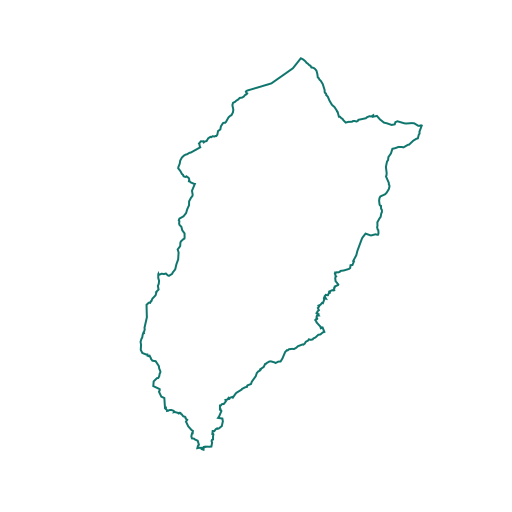 Tiha Bargaului, Bistrita-Nasaud, Romania, rotated 292°
{"feature_id": "2599482B23596270309682", "entity_name": "Tiha Bargaului", "entity_type": "district", "adm_level": 2, "iso_a3": "ROU", "parent_name": "Romania", "parent_adm1": "Bistrita-Nasaud", "projection": "natural_earth1", "projection_center": [24.915, 47.238], "detail": "fine", "context": "isolated", "style": "outline", "palette": "teal", "viewbox_px": 512, "rotation_deg": 292, "n_neighbors": 0, "source": "geoboundaries", "source_scale": "gbopen_adm2", "svg_char_len": 6076}
<svg xmlns="http://www.w3.org/2000/svg" viewBox="0 0 512 512"><g transform="rotate(292 256 256)"><path d="M62.6,286.0L66.6,285.2L67.8,284.1L69.1,284.1L69.8,284.9L72.7,283.7L74.7,283.3L75.0,282.9L74.7,282.2L77.5,281.4L77.9,282.9L80.4,283.6L81.6,284.5L81.3,285.0L82.1,286.1L85.5,288.0L90.3,287.2L92.7,285.7L91.7,281.5L93.5,281.9L99.3,282.0L99.9,280.9L100.4,280.7L100.1,280.1L103.9,278.6L104.3,279.4L105.7,279.8L106.4,280.7L106.6,281.5L109.9,282.5L111.1,281.6L112.0,283.1L114.0,283.7L113.3,284.5L113.5,284.8L114.7,284.9L116.5,286.9L116.1,287.6L120.9,288.7L122.0,289.2L126.7,292.7L127.5,292.8L130.1,295.0L131.4,296.7L132.4,296.4L132.9,296.6L135.4,299.3L137.9,299.2L144.5,300.8L147.6,300.6L149.6,301.2L151.2,302.5L152.3,302.9L152.6,302.4L156.0,304.7L159.3,304.9L159.9,305.7L160.6,305.9L163.2,307.9L163.9,309.3L164.3,313.1L164.1,314.2L166.4,316.2L167.4,318.3L170.9,318.9L177.9,319.0L180.2,319.9L180.3,320.7L181.9,321.5L183.5,324.4L183.9,326.0L186.0,327.7L188.1,328.7L191.5,332.4L191.5,333.1L193.0,334.0L195.1,334.3L197.3,336.1L198.5,336.2L198.8,338.2L199.9,339.8L201.1,340.1L202.7,341.6L206.3,343.3L207.4,345.1L210.1,346.5L211.2,347.8L214.7,344.5L214.6,344.1L214.2,344.1L213.3,343.2L214.7,342.1L217.1,337.0L218.1,336.3L218.6,335.1L218.9,334.9L220.1,335.4L220.6,336.3L221.0,336.2L221.9,335.0L223.5,334.8L224.3,336.4L225.0,335.2L225.5,335.5L225.8,333.6L226.6,334.0L227.5,333.7L229.3,334.6L231.0,332.8L232.7,333.4L233.4,332.5L233.9,333.0L233.7,333.2L235.1,334.1L237.3,334.8L237.3,335.7L241.2,335.6L241.9,334.9L242.5,334.8L242.7,336.8L244.4,334.7L246.2,335.3L246.3,336.6L246.6,337.4L249.1,337.4L249.4,338.2L250.4,338.1L250.7,337.4L252.7,339.3L253.0,340.6L253.3,341.0L253.6,340.3L254.8,340.9L255.6,340.4L256.3,340.8L257.2,340.4L259.8,343.0L260.4,343.0L262.5,339.2L265.0,337.8L266.2,337.6L267.1,337.9L267.2,337.3L268.5,336.5L269.2,335.7L270.4,335.6L270.5,336.5L271.2,337.0L271.6,338.4L272.8,339.7L273.8,339.9L275.5,342.9L278.8,347.0L280.1,347.8L282.9,347.1L283.8,348.8L287.7,348.8L287.8,348.0L294.3,348.7L298.7,348.1L311.4,347.7L312.9,347.8L317.8,349.2L318.0,354.3L318.3,355.2L320.9,358.7L321.1,360.4L321.5,361.2L323.1,361.0L325.8,359.7L326.0,359.0L328.1,357.5L329.5,357.3L332.7,355.9L337.0,356.4L339.0,356.9L342.4,356.2L343.9,356.3L345.8,355.5L346.8,354.2L349.3,353.1L349.4,351.9L350.0,351.3L353.4,349.4L355.9,348.8L357.8,349.0L361.6,352.6L363.6,353.4L367.8,354.1L370.5,353.7L371.5,353.2L372.1,352.4L373.6,351.7L378.5,346.7L380.0,346.7L382.0,346.0L387.2,343.1L392.5,342.1L394.5,342.5L397.3,341.7L401.7,342.7L406.5,342.3L407.9,344.4L410.5,347.3L411.7,350.4L411.9,351.9L412.4,352.4L416.0,355.2L416.6,356.2L421.8,358.6L424.7,360.7L425.7,362.0L429.4,361.5L430.8,361.8L432.4,361.0L439.0,360.8L439.0,360.1L437.9,358.7L437.5,357.7L438.3,353.0L437.6,350.7L435.1,345.6L434.6,343.9L433.9,336.7L432.3,335.1L430.0,335.3L428.3,332.6L428.1,327.9L427.6,324.7L429.1,319.7L431.2,315.6L429.0,312.4L430.3,311.9L428.5,310.6L428.2,309.0L426.5,307.1L424.9,306.3L420.6,299.9L419.4,299.8L418.4,298.9L418.0,296.4L417.4,295.3L416.8,295.1L416.2,294.2L414.9,291.3L413.3,289.2L414.7,286.0L415.6,284.8L415.7,283.6L416.6,281.6L416.2,280.7L420.2,277.7L420.3,277.0L420.8,276.8L423.5,273.0L424.6,269.8L427.6,265.9L430.7,262.8L431.5,260.8L432.1,260.7L432.9,259.9L433.2,258.7L433.8,258.2L435.5,257.5L440.4,253.5L442.7,250.4L443.3,248.8L444.5,247.4L444.7,246.4L447.4,244.9L450.4,242.7L451.4,241.0L451.9,239.4L451.9,237.8L451.5,236.8L452.9,235.1L452.8,234.1L453.8,231.9L454.0,230.5L454.9,229.1L455.9,226.1L456.1,223.8L456.1,223.5L443.9,219.9L421.8,205.6L406.1,185.9L404.8,185.0L403.7,185.9L403.5,186.9L402.5,186.7L400.9,185.4L399.3,185.0L397.6,183.7L396.5,181.7L394.1,180.7L392.8,179.6L391.2,178.9L389.4,177.3L387.0,177.6L383.1,180.2L380.5,180.8L377.3,180.5L376.7,179.8L374.3,178.6L368.9,177.9L367.9,177.4L367.7,176.6L366.8,175.6L363.1,174.9L360.0,175.5L357.6,174.0L354.0,174.7L353.2,174.5L352.3,174.2L352.1,173.5L351.2,172.7L350.8,170.9L349.4,170.0L349.4,169.1L347.2,167.6L344.0,167.1L343.0,165.6L341.8,165.0L342.6,164.0L342.1,163.3L341.8,162.0L338.9,161.0L338.5,161.7L337.0,162.5L335.9,163.6L327.5,156.8L326.7,155.6L324.4,153.9L323.7,152.8L322.2,151.6L319.5,150.4L316.1,150.0L313.0,150.7L309.4,150.7L308.2,151.0L306.4,154.1L304.3,156.6L303.9,158.0L303.2,158.4L302.7,159.6L303.0,161.3L303.8,161.7L303.3,163.8L302.9,164.7L301.8,165.5L300.2,165.8L300.4,166.6L299.8,167.7L299.7,171.5L299.9,172.3L292.5,172.2L289.3,174.2L288.0,174.6L285.6,173.9L281.6,173.5L278.0,174.9L273.8,174.7L269.6,175.1L265.6,173.9L262.0,171.0L260.2,171.0L259.6,171.9L257.4,172.5L256.2,173.4L255.1,175.9L252.2,178.0L250.2,181.3L246.0,183.0L245.2,183.1L244.6,182.4L241.3,180.9L240.1,180.9L236.7,182.0L232.8,180.9L230.3,182.9L223.7,185.1L218.5,185.3L213.3,186.1L210.0,185.1L207.8,184.8L205.0,182.7L205.0,181.5L206.0,179.0L204.8,177.5L204.2,175.1L202.3,173.2L202.2,172.8L202.9,172.2L202.6,172.2L199.0,173.6L196.6,175.5L193.5,176.3L191.6,176.2L188.4,178.2L185.1,176.9L184.9,177.3L181.9,177.6L177.6,175.9L174.9,175.9L174.7,175.5L172.9,175.4L172.8,174.4L172.4,174.0L169.7,172.8L158.2,177.8L147.7,179.5L146.3,180.3L143.8,180.6L143.1,180.3L142.4,181.0L141.9,180.4L140.7,180.4L137.5,181.1L136.8,180.8L133.2,181.1L130.6,182.7L125.8,184.3L123.5,186.9L123.5,190.9L124.0,192.2L123.1,192.7L123.3,193.0L122.9,193.6L123.0,194.5L123.6,194.8L121.8,196.9L121.3,197.1L120.1,199.2L120.9,202.3L117.6,207.1L115.3,208.5L113.3,210.5L112.2,210.9L110.6,210.8L108.3,211.3L106.3,211.1L105.6,209.9L101.4,208.1L96.9,209.5L96.5,216.5L95.6,217.0L93.8,216.9L90.1,220.9L90.0,224.2L81.5,228.3L81.8,229.2L81.4,229.4L80.6,229.0L79.6,231.6L79.1,231.7L79.6,232.5L80.6,233.3L81.5,235.1L81.6,237.1L81.4,238.1L81.2,238.6L80.5,238.5L80.9,239.1L81.3,242.2L81.0,243.1L81.9,243.6L82.2,244.6L81.6,244.8L81.4,246.4L80.1,248.6L80.3,250.3L80.0,251.1L79.4,251.3L78.7,252.2L78.3,253.6L76.2,253.1L72.7,257.0L70.4,261.6L70.2,263.0L67.8,263.7L67.6,263.1L64.6,263.6L62.9,264.9L63.4,267.0L63.0,268.1L62.9,271.1L59.6,273.8L58.6,273.3L55.9,273.6L57.2,275.6L57.1,276.0L57.9,277.7L56.6,278.0L56.7,279.9L59.4,279.2L60.0,280.6L60.3,280.5L61.8,284.5L62.6,286.0Z" fill="none" stroke="#0f766e" stroke-width="2"/></g></svg>